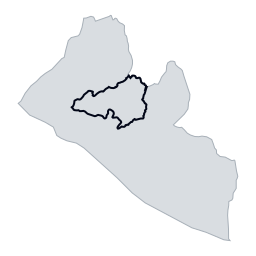 where Bong sits in Liberia
{"feature_id": "LBR-784", "entity_name": "Bong", "entity_type": "County", "adm_level": 1, "iso_a3": "LBR", "parent_name": "Liberia", "parent_adm1": "", "projection": "mercator", "projection_center": [-9.669, 6.93], "detail": "fine", "context": "in_parent", "style": "outline", "palette": "ink", "viewbox_px": 256, "rotation_deg": 0, "n_neighbors": 0, "source": "natural_earth", "source_scale": "10m", "svg_char_len": 5700}
<svg xmlns="http://www.w3.org/2000/svg" viewBox="0 0 256 256"><path d="M18.2,103.4L21.0,101.0L25.2,93.2L31.0,85.8L36.5,81.4L40.8,76.9L45.3,73.4L51.9,69.3L61.8,58.6L64.2,57.4L65.8,50.0L68.3,40.6L71.2,37.6L78.0,35.9L79.6,34.3L82.0,27.6L83.5,19.9L83.7,18.2L86.3,18.0L90.9,16.3L93.6,17.1L94.7,19.3L95.4,21.2L109.2,16.4L110.5,15.4L111.2,15.5L112.9,19.9L113.9,19.6L114.8,18.4L115.7,18.2L116.8,18.8L117.9,20.9L119.6,22.7L122.6,24.0L124.5,25.7L124.3,30.4L125.1,34.9L126.4,35.9L127.1,38.6L127.4,41.6L128.1,43.2L128.6,46.1L128.4,49.3L128.9,51.6L131.1,55.5L132.5,60.4L132.5,63.9L131.7,67.5L130.3,70.8L127.7,74.5L127.5,75.9L129.0,76.9L131.3,77.0L133.3,76.3L138.2,78.0L140.8,80.4L143.0,83.3L145.0,84.8L146.0,86.7L149.5,86.2L153.5,84.4L154.3,83.5L155.5,84.0L158.2,84.2L160.0,80.9L161.5,77.2L164.6,73.2L166.1,71.6L166.5,69.0L166.7,65.7L167.8,62.8L170.4,61.2L173.2,61.2L174.8,61.8L175.5,64.6L177.8,66.8L179.7,68.2L180.7,68.8L182.3,70.5L183.9,76.1L189.9,94.3L189.6,99.4L188.4,102.6L188.3,105.8L187.9,109.0L184.3,114.2L173.4,124.8L174.3,125.8L176.9,127.0L179.5,127.6L181.7,127.3L184.4,129.9L187.3,133.2L190.4,135.0L194.8,136.5L198.7,136.7L202.0,136.1L206.7,136.8L211.7,139.5L213.4,144.1L214.6,148.0L216.4,150.0L216.6,153.5L220.1,156.5L225.2,157.1L231.7,160.6L233.4,160.4L234.1,160.0L234.9,160.7L236.5,170.9L237.8,176.3L237.1,178.5L236.2,180.2L236.2,188.4L233.2,193.2L232.8,198.3L231.9,200.0L228.8,201.5L228.7,205.5L227.9,210.3L227.6,215.4L228.5,228.8L228.6,238.8L230.0,240.6L223.9,239.8L205.8,232.2L191.9,227.8L145.2,202.9L132.2,192.9L117.3,178.0L84.0,148.0L76.4,143.1L66.9,140.8L61.0,138.2L56.8,135.5L53.4,127.1L45.1,122.2L29.7,115.1L18.2,103.4Z" fill="#d9dde1" stroke="#a8b0b8" stroke-width="1"/><path d="M126.2,78.2L126.7,78.0L128.2,76.5L128.8,75.6L129.9,77.4L130.5,78.0L131.3,76.8L131.6,76.7L131.9,76.5L132.0,75.9L132.2,75.7L132.7,75.6L133.6,75.6L134.3,75.7L134.7,75.9L135.2,76.1L135.6,76.6L135.9,77.7L136.2,78.0L137.1,78.2L138.9,77.7L139.7,77.8L140.5,78.9L141.2,82.3L142.6,83.5L142.9,83.5L144.1,83.5L144.4,83.7L144.4,84.6L144.8,85.0L145.9,85.5L146.1,86.2L145.6,88.1L146.2,87.5L146.6,87.4L146.4,87.9L144.6,93.8L143.7,95.1L143.6,95.9L143.5,96.4L143.3,97.1L143.2,97.6L143.2,98.3L143.1,98.5L142.2,99.4L142.2,99.6L142.6,100.0L142.8,100.5L143.1,100.6L143.5,100.8L143.7,101.1L143.9,101.4L144.0,101.8L144.2,102.1L144.4,102.3L144.5,102.5L144.7,103.1L144.8,103.3L145.0,103.4L145.4,103.4L145.5,103.5L145.9,104.0L146.4,104.5L146.4,104.9L146.1,106.4L146.1,107.0L146.1,107.5L146.3,108.6L146.3,109.0L146.1,109.3L145.7,109.6L145.6,109.8L145.4,110.0L145.1,110.2L145.0,110.5L145.2,110.9L145.3,111.3L145.4,111.6L145.2,111.8L144.8,112.2L144.7,112.4L144.6,112.7L144.5,112.9L144.1,113.5L144.2,114.0L144.0,114.8L143.9,115.2L143.7,115.5L143.3,115.9L143.3,116.2L143.7,116.9L143.7,117.2L143.4,118.1L143.2,118.4L142.9,118.5L142.4,118.5L141.8,118.5L140.9,118.5L135.8,119.8L135.2,119.7L135.1,119.4L135.0,119.2L134.6,119.0L134.4,119.1L134.2,119.3L133.9,119.6L133.1,120.2L132.8,120.5L132.7,120.8L132.6,121.1L132.5,121.4L132.3,121.6L131.9,122.0L131.6,122.0L131.1,122.0L130.8,122.1L129.8,123.1L129.0,123.7L128.7,124.1L128.4,124.8L128.1,124.8L127.8,124.7L127.4,124.6L127.1,124.7L126.8,124.9L126.6,125.2L126.3,125.2L126.0,125.1L125.6,125.1L125.4,125.5L125.0,126.3L124.6,126.6L124.2,126.8L123.7,126.8L123.0,126.8L122.7,126.8L122.1,126.6L121.7,126.5L121.4,126.7L120.4,127.5L119.0,128.4L118.4,128.6L117.9,128.6L117.8,128.4L117.6,128.2L117.5,127.8L117.5,127.6L117.5,127.4L117.6,127.2L117.7,126.9L118.2,126.1L119.5,124.4L120.3,123.7L120.9,122.9L121.0,122.7L121.2,122.3L121.2,122.1L121.1,121.9L121.0,121.6L120.8,121.2L120.6,120.9L119.3,119.8L117.9,118.1L117.7,117.8L117.4,117.6L116.9,117.4L116.5,117.3L116.3,117.4L116.1,117.4L113.4,117.7L113.0,117.7L112.8,117.6L112.7,117.4L112.4,117.1L113.5,114.7L113.8,113.9L113.8,113.6L113.7,113.2L113.7,112.7L113.5,112.3L113.4,112.0L113.3,111.7L113.1,111.5L112.7,111.1L112.0,110.6L111.1,110.0L110.7,109.8L110.3,109.6L109.8,109.5L109.5,109.5L109.3,109.5L109.1,109.6L108.9,109.8L108.5,110.2L108.3,110.5L108.2,110.7L108.1,111.0L108.0,111.5L108.0,112.0L108.1,113.2L108.1,113.4L108.0,113.6L107.9,113.8L107.1,114.6L107.0,114.8L106.8,115.2L106.6,115.6L106.5,116.0L106.4,116.8L106.3,117.4L106.2,117.6L106.0,117.8L105.7,118.1L105.1,118.4L104.8,118.4L104.5,118.4L104.3,118.3L104.1,118.1L103.7,117.7L102.8,116.4L102.6,116.3L102.2,116.0L102.0,115.9L100.8,115.5L98.5,115.0L98.1,114.9L97.9,115.0L97.3,115.2L96.0,115.9L95.3,116.1L94.9,116.1L94.5,116.1L87.9,113.9L87.4,113.6L87.0,113.3L86.5,112.9L85.6,112.0L85.3,111.8L85.0,111.5L84.2,111.2L83.8,111.0L83.5,110.9L82.6,111.0L81.5,111.1L79.7,111.1L78.8,110.4L78.3,110.2L78.0,110.3L77.6,110.3L77.1,110.4L74.8,110.2L74.1,110.0L73.6,109.6L73.4,109.1L71.7,107.2L71.8,107.1L72.5,106.8L72.9,106.4L73.7,104.9L74.2,103.2L74.3,102.3L74.4,101.1L74.5,100.9L74.6,100.7L74.9,100.5L75.4,100.2L77.2,99.3L77.6,99.2L77.8,99.2L79.2,99.5L79.6,99.5L80.0,99.4L80.4,99.3L80.8,99.0L82.5,97.2L83.3,96.1L83.8,95.1L84.1,94.7L87.6,91.9L88.1,91.3L88.2,91.1L88.8,90.9L90.2,90.9L92.1,91.4L92.8,91.7L92.9,91.8L92.9,92.1L92.8,92.4L92.7,92.6L92.5,92.8L92.3,93.0L92.4,93.4L92.5,93.5L92.8,94.3L92.9,94.5L93.0,95.0L93.0,95.3L92.9,95.4L92.8,95.5L93.0,95.7L93.1,95.8L93.7,96.1L94.5,95.9L95.4,95.2L97.1,93.6L99.1,92.2L100.2,91.7L101.5,91.4L101.8,91.3L102.1,91.3L102.5,91.4L102.7,91.5L103.0,91.6L103.3,91.4L103.5,91.1L103.9,91.0L104.1,90.7L105.2,89.5L106.0,88.8L108.0,87.7L108.8,86.9L110.4,87.7L111.1,87.9L113.1,88.1L113.4,88.1L113.9,88.0L114.4,87.8L115.3,87.1L115.7,86.9L115.7,87.3L116.5,86.9L117.2,86.1L117.5,85.3L117.2,84.7L117.5,84.0L117.9,83.4L118.5,83.0L120.0,82.7L121.0,82.2L122.2,81.9L123.0,81.6L125.1,80.2L126.4,78.8L126.3,78.6L126.3,78.4L126.2,78.2L126.2,78.2Z" fill="none" stroke="#020617" stroke-width="2"/></svg>